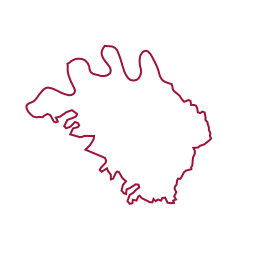 outline of Machadinho, Rio Grande do Sul, Brazil, rotated 324°
{"feature_id": "56859067B5606080296655", "entity_name": "Machadinho", "entity_type": "district", "adm_level": 2, "iso_a3": "BRA", "parent_name": "Brazil", "parent_adm1": "Rio Grande do Sul", "projection": "equal_earth", "projection_center": [-51.684, -27.589], "detail": "fine", "context": "isolated", "style": "outline", "palette": "rose", "viewbox_px": 256, "rotation_deg": 324, "n_neighbors": 0, "source": "geoboundaries", "source_scale": "gbopen_adm2", "svg_char_len": 3013}
<svg xmlns="http://www.w3.org/2000/svg" viewBox="0 0 256 256"><g transform="rotate(324 128 128)"><path d="M116.8,40.4L115.5,42.8L114.1,44.4L112.5,46.8L111.1,49.8L110.2,53.0L109.5,55.3L109.0,57.6L108.5,60.7L108.0,63.7L107.1,66.7L104.8,68.3L103.0,68.3L101.3,67.9L99.5,66.8L98.2,65.3L96.5,63.0L94.7,60.4L93.7,58.2L92.4,55.8L91.3,53.8L90.1,51.8L88.4,49.8L87.0,48.3L85.3,47.4L82.9,47.2L80.0,47.7L77.6,48.3L75.2,48.9L72.5,49.9L70.3,50.5L68.7,50.9L66.9,50.9L64.6,50.4L62.0,49.8L60.2,49.8L58.4,50.9L57.4,52.9L56.9,56.5L57.3,59.8L58.1,63.0L60.1,65.5L62.9,67.0L65.2,69.1L67.7,68.8L71.1,69.3L72.7,71.9L71.8,79.1L72.9,81.1L75.0,81.5L75.8,77.2L79.9,78.9L87.7,79.0L90.0,79.7L93.2,80.7L95.1,86.7L92.9,88.1L89.5,87.5L83.7,85.8L77.5,89.0L77.8,91.8L81.9,93.1L88.7,92.0L90.4,94.6L90.0,97.2L88.0,97.8L83.3,96.0L77.5,99.2L82.4,105.4L83.6,107.0L86.0,108.4L88.0,108.7L91.3,111.2L95.8,114.5L93.6,116.9L90.1,118.4L87.3,119.5L80.8,120.6L83.0,124.1L91.8,138.7L91.1,141.5L89.4,143.0L82.6,144.3L80.4,145.3L80.9,147.9L87.2,148.3L86.5,151.6L86.6,155.7L84.0,159.5L86.3,160.2L91.8,157.1L93.5,156.8L94.8,158.4L94.0,164.9L95.1,169.9L90.4,171.1L86.0,174.8L86.3,178.3L87.6,180.3L90.8,176.8L94.0,177.7L101.1,178.1L103.2,180.0L102.1,182.7L98.5,182.6L94.3,183.5L90.0,183.2L84.6,186.8L84.8,190.4L87.4,191.4L89.7,188.9L92.2,191.7L95.9,189.5L97.7,189.6L97.8,192.6L99.4,195.7L100.8,198.3L102.0,200.8L104.0,202.5L106.9,200.4L107.4,203.5L110.2,203.5L112.1,206.2L114.5,204.8L117.0,206.1L116.6,209.1L116.1,211.7L118.7,214.2L121.2,215.6L121.8,213.3L124.8,214.0L125.2,210.4L129.4,208.3L129.9,204.6L131.5,203.1L134.2,202.2L136.6,199.5L138.7,198.3L140.5,199.9L143.1,198.8L147.3,196.7L150.1,196.6L155.0,198.6L156.1,196.9L157.9,196.2L163.3,190.0L166.9,188.1L168.6,185.8L169.2,182.5L173.2,185.0L175.7,184.7L180.0,186.1L186.4,185.8L189.1,185.3L189.6,182.5L191.5,180.7L192.4,176.9L193.9,174.9L194.7,172.0L195.7,170.0L195.4,166.9L197.1,164.8L199.1,160.5L197.8,158.4L195.3,158.4L193.7,156.4L195.4,153.1L196.2,150.1L195.1,148.3L192.6,146.4L194.5,142.7L193.3,140.9L191.3,140.5L188.8,139.8L188.4,135.7L188.7,132.3L187.8,128.5L186.9,125.1L187.1,122.7L188.2,120.7L189.1,118.2L187.0,115.4L184.9,112.1L184.0,109.5L184.0,107.0L184.4,104.7L185.2,102.3L186.3,99.7L187.2,96.4L187.9,93.5L188.3,91.1L188.8,87.8L189.4,83.9L189.6,80.8L189.1,77.7L187.9,76.0L186.0,75.3L183.9,75.3L180.8,76.5L178.6,78.4L176.4,81.1L174.4,84.5L173.1,87.7L171.6,90.4L169.9,91.8L168.1,93.2L165.6,94.1L163.2,94.1L160.7,93.1L158.4,90.9L157.5,88.1L157.5,84.3L158.0,81.1L158.6,78.8L159.5,76.5L160.1,74.3L161.1,71.8L162.5,67.7L163.5,64.3L164.3,61.3L164.9,58.7L164.6,55.6L163.2,52.9L160.9,50.8L159.0,49.3L157.5,47.9L155.1,48.7L152.9,49.8L151.0,51.4L149.8,53.4L149.2,55.6L148.9,57.8L148.8,61.0L149.0,64.7L149.0,68.4L147.9,71.3L145.7,73.2L143.6,73.3L141.8,73.0L140.0,72.3L138.3,71.3L136.5,69.7L134.7,67.4L133.1,65.6L131.5,63.4L130.7,60.8L131.4,58.0L132.8,55.3L133.5,51.8L133.0,47.9L131.2,45.0L128.8,42.9L126.0,41.3L123.4,40.8L121.4,40.5L119.1,40.8L116.8,40.4Z" fill="none" stroke="#9f1239" stroke-width="2"/></g></svg>